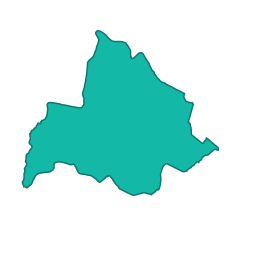 Sourou, Sourou, Burkina Faso (Albers equal-area conic projection), rotated 16°
{"feature_id": "67063806B20155029653315", "entity_name": "Sourou", "entity_type": "district", "adm_level": 2, "iso_a3": "BFA", "parent_name": "Burkina Faso", "parent_adm1": "Sourou", "projection": "albers", "projection_center": [-3.016, 13.252], "detail": "fine", "context": "isolated", "style": "filled", "palette": "teal", "viewbox_px": 256, "rotation_deg": 16, "n_neighbors": 0, "source": "geoboundaries", "source_scale": "gbopen_adm2", "svg_char_len": 5751}
<svg xmlns="http://www.w3.org/2000/svg" viewBox="0 0 256 256"><g transform="rotate(16 128 128)"><path d="M169.1,185.6L169.4,184.6L169.9,183.9L170.7,182.9L171.3,182.2L171.8,181.6L171.8,181.3L171.9,180.9L172.4,180.3L172.6,179.6L173.2,179.2L173.8,179.2L174.6,178.8L174.7,177.8L174.8,176.4L174.3,170.9L173.7,168.5L173.2,166.8L172.6,165.2L172.0,163.7L171.9,162.8L172.0,161.8L172.1,159.4L172.1,156.2L172.4,155.1L172.9,153.9L173.6,152.8L174.2,152.0L174.7,151.8L175.5,151.6L185.5,153.5L190.6,154.4L191.5,154.7L192.4,154.8L193.4,154.7L194.4,154.4L195.3,153.7L196.1,153.3L196.4,153.0L196.9,151.8L197.1,151.6L197.5,150.5L197.6,150.4L197.9,150.1L198.3,149.7L199.4,148.8L199.7,147.9L200.0,147.3L200.4,146.7L201.1,146.3L201.4,146.0L201.5,145.7L202.1,144.4L202.2,143.8L203.1,142.6L203.4,142.0L203.8,141.4L204.4,141.1L205.5,141.6L205.5,140.5L205.6,140.1L205.9,139.7L206.8,139.0L207.1,138.6L207.3,137.7L207.4,137.2L207.4,136.4L207.5,136.0L208.1,135.1L208.6,134.6L208.7,134.1L209.1,133.5L209.6,133.0L210.3,132.7L211.9,132.1L212.6,131.4L213.1,130.8L213.6,130.0L214.3,128.7L215.1,127.6L216.1,125.9L216.5,125.3L216.8,124.9L217.2,124.6L217.6,124.6L218.2,124.5L220.7,124.6L220.5,123.1L220.3,122.4L220.2,122.2L217.8,121.1L213.8,119.3L206.5,116.0L206.2,116.0L206.1,116.4L206.2,117.0L206.0,117.9L205.7,118.6L205.2,119.6L205.1,120.1L204.8,121.7L203.8,122.1L203.2,122.2L200.1,120.9L191.0,117.0L190.7,116.7L190.4,115.9L190.0,114.5L189.8,114.1L189.6,113.3L189.1,111.8L188.7,111.3L188.2,109.8L187.5,109.1L186.9,107.4L186.7,107.0L186.4,106.7L186.0,106.6L185.6,106.6L185.2,106.0L184.4,105.9L184.4,105.7L184.3,105.4L184.3,104.0L184.3,98.7L184.2,90.3L184.2,87.1L184.0,86.9L183.7,86.8L183.4,86.5L182.9,86.1L182.5,85.9L182.3,86.0L182.1,86.1L181.6,86.3L181.1,86.5L180.2,86.6L179.7,86.5L178.7,86.5L177.3,86.4L176.6,86.3L175.9,85.8L175.4,85.4L174.9,84.7L174.3,84.3L173.4,83.4L173.4,83.2L173.0,82.3L172.9,81.7L172.8,80.5L172.9,79.5L172.8,79.3L172.4,79.2L171.7,79.2L170.9,79.0L169.1,78.6L166.5,78.1L163.4,77.6L158.0,76.4L156.2,76.0L154.8,75.8L153.6,75.5L152.9,75.7L152.7,75.6L151.9,75.0L151.1,74.8L149.8,74.5L148.8,74.7L147.8,74.5L146.3,74.1L145.4,73.6L144.5,72.8L143.7,72.4L143.4,72.3L143.2,72.2L142.9,72.0L141.2,70.9L140.0,69.7L139.6,69.3L139.1,69.2L138.9,69.1L138.3,68.4L138.1,68.2L138.1,67.7L137.9,67.6L137.6,67.4L137.6,67.1L137.1,66.8L136.8,66.5L136.6,66.6L135.9,66.5L135.5,66.2L135.3,65.8L134.3,64.8L131.6,61.9L130.2,59.9L129.8,59.8L129.5,59.4L128.5,58.7L122.1,52.7L121.0,52.1L120.1,52.0L118.2,52.8L117.2,53.8L117.1,54.4L114.3,59.1L113.2,60.0L112.1,60.0L110.6,57.8L109.1,52.8L106.5,50.3L103.0,47.2L102.2,46.9L99.6,46.7L97.4,46.8L95.2,47.5L91.3,48.6L88.3,48.7L84.0,46.7L80.6,44.4L78.7,43.7L74.8,42.6L72.8,42.7L71.6,43.1L70.7,44.9L70.8,45.8L71.4,46.7L74.7,50.0L75.7,51.5L75.9,55.4L75.4,58.6L75.7,59.7L75.5,63.2L75.2,66.0L75.0,68.7L73.5,71.6L73.1,71.8L71.7,74.2L71.1,76.3L72.1,80.6L73.3,86.9L74.5,96.5L74.8,100.5L74.8,106.6L75.1,108.4L77.8,112.1L77.9,113.9L78.8,116.1L79.0,118.1L77.9,121.0L75.7,122.1L72.6,122.4L66.8,123.0L60.5,123.4L58.3,123.8L55.4,123.7L52.3,124.1L49.4,124.3L45.7,125.1L44.5,125.8L43.9,127.0L44.0,128.4L45.6,131.8L46.4,136.6L46.6,138.6L46.0,141.9L44.1,144.2L43.1,144.5L43.2,144.8L42.5,145.8L42.5,146.0L42.7,146.3L42.7,146.6L43.0,147.1L43.0,147.4L42.9,147.7L42.7,148.0L42.4,148.0L42.0,148.1L41.0,148.0L40.6,147.9L40.3,148.0L40.0,148.5L39.9,148.8L39.9,149.6L39.8,150.1L39.4,151.2L39.3,151.5L39.4,151.8L39.4,152.3L39.3,152.7L38.9,153.4L38.5,153.8L38.2,153.9L38.0,154.2L37.9,154.6L37.7,155.4L37.5,155.9L37.2,156.2L36.3,156.9L36.0,157.2L35.9,157.6L35.9,158.1L36.2,158.7L36.1,159.0L36.0,159.4L35.5,159.9L35.3,160.1L35.3,160.3L35.8,160.0L35.6,161.2L35.6,161.6L35.8,162.2L36.1,162.9L36.7,164.1L36.9,164.8L37.0,165.5L37.2,166.3L36.9,168.7L37.0,169.0L37.3,169.7L37.6,170.2L39.4,171.0L40.1,171.3L40.5,171.7L40.6,172.3L41.0,172.9L41.2,173.3L40.9,173.9L40.6,174.2L40.4,174.9L40.1,175.3L39.9,176.0L39.7,176.7L39.6,177.4L39.5,178.8L39.4,179.3L39.0,179.9L38.5,180.4L38.1,180.9L37.8,182.3L38.0,183.2L38.1,184.5L38.5,184.9L38.8,188.6L39.7,189.5L40.4,190.0L40.7,190.8L40.6,192.0L39.7,195.5L39.8,196.0L40.3,197.0L40.8,198.0L41.1,199.0L40.9,199.3L40.6,200.1L41.2,202.2L41.3,202.8L41.9,204.9L42.1,205.7L41.9,207.1L41.4,209.0L41.7,209.8L42.4,210.9L43.9,212.6L44.1,213.1L44.4,212.8L44.8,212.8L45.2,212.8L46.4,213.2L46.9,213.4L47.2,213.3L47.6,213.1L47.9,212.7L48.3,211.9L49.5,210.1L50.0,209.5L50.5,209.0L50.8,208.1L50.9,207.2L51.1,204.6L51.3,203.8L51.8,202.0L51.9,201.2L52.0,200.6L52.3,199.5L53.2,197.7L54.1,196.8L55.4,195.9L57.8,194.7L60.6,193.5L63.4,192.4L64.8,191.8L65.8,190.8L66.8,189.7L67.4,188.7L67.8,187.5L67.8,186.3L67.6,185.3L67.2,184.5L66.8,183.0L66.8,182.4L66.9,182.1L68.0,181.1L69.2,180.4L70.2,179.9L71.2,179.5L72.8,179.2L74.7,179.0L76.6,179.0L79.1,179.0L80.3,179.0L81.7,179.2L82.9,179.2L83.8,178.8L84.5,178.5L85.1,178.2L85.8,177.6L86.1,177.7L86.6,178.0L88.9,180.3L89.5,181.1L90.5,182.2L91.3,183.3L92.9,184.6L93.2,184.8L93.7,185.0L94.6,185.1L97.0,184.9L98.9,184.5L100.9,184.4L102.2,184.4L103.9,184.2L105.7,184.0L106.4,184.1L107.2,184.4L110.8,185.7L111.8,186.1L112.1,186.4L113.7,187.3L114.7,187.7L115.2,188.0L115.6,188.1L116.2,187.6L117.1,186.5L117.6,185.6L118.0,185.0L118.7,184.4L119.1,183.6L119.7,182.5L120.2,181.5L121.0,180.2L121.3,179.9L121.3,180.6L121.6,180.4L122.3,179.8L122.7,179.4L123.0,179.1L123.4,178.9L123.6,178.9L124.1,179.3L125.2,180.1L127.0,181.3L128.6,182.9L130.2,183.9L131.3,185.1L132.2,185.7L133.1,186.2L134.0,186.4L135.5,187.8L136.9,188.9L137.9,189.0L138.7,189.1L139.9,189.3L141.0,189.6L141.9,189.7L145.2,190.4L150.8,191.2L151.6,191.3L152.2,191.1L153.1,190.5L155.0,189.5L156.5,188.5L157.7,187.8L159.0,187.0L160.5,186.1L161.0,185.9L161.4,185.7L162.0,185.6L163.3,185.7L165.8,185.6L167.4,185.5L169.1,185.6Z" fill="#14b8a6" stroke="#0f766e" stroke-width="1.5"/></g></svg>